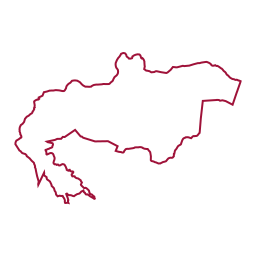 San Pedro Teutila, Oaxaca, Mexico
{"feature_id": "50627088B96437004433803", "entity_name": "San Pedro Teutila", "entity_type": "district", "adm_level": 2, "iso_a3": "MEX", "parent_name": "Mexico", "parent_adm1": "Oaxaca", "projection": "albers", "projection_center": [-96.632, 17.978], "detail": "fine", "context": "isolated", "style": "outline", "palette": "rose", "viewbox_px": 256, "rotation_deg": 0, "n_neighbors": 0, "source": "geoboundaries", "source_scale": "gbopen_adm2", "svg_char_len": 5666}
<svg xmlns="http://www.w3.org/2000/svg" viewBox="0 0 256 256"><path d="M19.0,149.8L19.3,150.4L20.7,151.3L21.4,152.2L22.3,153.1L25.4,154.1L26.6,155.4L26.8,156.3L27.8,156.9L28.6,157.6L29.5,158.2L31.6,160.7L33.6,162.5L34.0,163.0L34.1,163.3L34.1,163.9L34.8,165.3L35.0,166.0L35.1,166.4L34.9,167.1L35.6,168.7L36.1,171.5L37.1,176.1L38.7,181.6L38.3,183.7L38.2,184.0L38.3,184.8L44.1,172.6L44.2,173.4L44.0,174.2L44.2,175.4L46.6,177.2L46.7,178.6L47.1,179.4L49.5,181.1L50.0,181.6L51.0,183.7L51.4,184.5L51.7,186.0L52.7,186.9L54.0,188.3L54.6,190.6L54.8,191.0L55.3,191.6L55.7,192.3L56.1,194.6L56.7,195.2L57.6,196.3L59.6,195.7L61.1,196.0L62.4,195.9L62.9,196.2L63.1,197.0L63.7,197.7L64.5,199.2L64.8,200.1L64.9,200.9L64.8,201.6L65.0,202.8L65.5,203.0L67.7,202.7L68.4,202.9L68.1,202.1L68.0,201.1L68.0,200.5L68.3,200.2L68.3,199.9L68.1,199.7L68.0,199.0L67.7,197.9L66.2,194.0L66.9,193.6L67.7,194.4L68.8,195.1L70.2,195.1L71.6,195.4L72.6,195.9L74.0,196.2L75.2,195.3L77.0,194.2L79.5,193.5L81.5,191.4L82.3,191.2L83.4,190.5L84.0,192.2L84.5,192.6L84.9,192.7L85.2,193.4L85.8,194.3L86.3,194.5L87.0,194.4L87.7,194.4L88.2,194.9L89.3,195.6L89.8,196.1L93.6,198.3L94.2,198.8L94.6,198.8L94.8,198.6L94.7,198.3L94.4,197.9L94.4,197.0L94.2,196.5L93.2,195.9L92.0,194.6L91.1,194.3L89.9,193.6L89.2,191.9L89.2,191.4L88.9,190.6L88.3,189.9L86.4,188.2L85.5,187.8L84.4,188.1L83.9,187.9L81.2,185.3L80.9,184.6L81.9,182.4L81.1,181.5L80.7,180.3L78.2,178.5L76.4,178.1L75.6,177.6L75.0,177.1L74.7,176.4L73.9,176.2L72.7,176.4L72.3,176.3L71.6,174.9L71.7,174.3L72.1,174.0L73.2,172.5L73.3,172.0L72.9,171.5L72.4,171.4L71.7,171.6L70.2,170.9L70.2,170.6L69.7,169.8L69.2,169.9L69.0,170.4L68.6,170.7L67.4,170.3L66.7,169.8L66.6,168.7L66.1,167.9L65.9,167.1L64.7,165.0L64.0,164.4L62.7,164.1L61.5,164.5L60.3,165.3L59.1,165.5L57.9,164.5L56.7,164.9L55.7,164.2L54.6,164.3L53.7,163.5L53.5,162.7L53.9,160.9L54.3,160.1L54.6,158.6L54.5,157.4L53.8,155.9L53.4,154.6L52.9,153.8L52.0,153.2L50.9,153.0L49.9,153.2L47.3,154.4L46.8,154.5L46.4,154.1L46.4,152.4L46.1,151.3L45.6,150.6L45.6,149.9L47.3,149.4L47.7,149.1L48.9,148.8L49.7,148.3L51.6,147.6L52.2,147.2L52.4,146.2L53.0,144.7L52.9,143.9L52.5,143.2L48.9,142.4L47.8,142.2L46.9,141.6L55.0,139.9L57.2,138.9L61.1,138.8L62.8,136.9L64.7,137.0L75.1,129.9L80.6,136.4L81.9,136.6L82.7,137.4L83.4,137.8L95.0,141.4L108.0,141.2L117.6,146.2L115.7,150.9L118.7,151.8L121.2,152.1L122.1,152.5L123.2,152.5L123.7,152.2L124.3,150.9L125.7,149.2L126.6,148.9L127.3,148.8L128.3,148.9L132.9,148.2L134.1,147.9L134.7,147.5L136.0,147.3L138.6,147.3L139.2,147.1L140.8,147.1L142.6,147.7L142.8,148.0L144.4,148.7L146.7,149.0L147.7,149.0L148.9,150.7L149.4,151.1L150.2,152.2L150.9,156.3L150.8,160.1L151.0,160.5L151.5,161.0L153.7,161.5L154.7,162.1L156.0,162.4L158.5,163.5L159.3,163.4L160.1,163.5L163.1,162.0L164.6,161.7L166.0,161.2L166.7,160.4L167.1,159.8L168.4,158.4L169.0,158.1L170.3,157.7L171.7,157.8L172.4,157.7L173.0,157.3L173.3,156.7L173.8,156.4L173.9,153.9L174.3,153.8L174.9,150.9L175.3,150.1L176.0,149.4L176.7,148.4L177.6,146.8L178.3,145.9L180.7,144.5L181.1,143.9L181.2,143.3L182.3,140.2L183.2,138.7L184.4,137.9L184.8,137.9L186.0,137.2L186.7,137.3L187.6,137.2L188.4,137.3L191.1,138.2L191.9,137.4L192.3,136.9L192.8,136.4L193.6,136.1L194.0,136.0L194.6,136.2L195.5,136.0L196.2,136.0L197.3,135.6L198.7,133.9L198.9,133.5L199.5,133.1L199.7,132.2L200.8,118.6L202.8,100.9L216.6,100.0L216.9,99.9L218.9,100.0L220.0,100.7L222.5,100.3L225.7,101.1L232.6,104.7L236.7,92.6L237.3,91.0L237.9,89.2L238.2,88.4L240.3,82.4L240.6,81.2L238.9,80.5L238.3,80.5L237.8,80.1L237.0,79.8L236.7,79.7L236.0,79.9L235.4,79.9L233.9,79.2L232.4,79.0L230.6,78.0L229.7,77.3L228.1,75.5L227.7,75.3L227.5,75.1L227.0,74.8L226.2,73.7L226.0,73.2L225.7,72.7L225.2,72.1L224.0,71.2L223.4,70.6L222.7,69.6L221.7,68.6L221.0,68.3L219.3,67.0L217.5,65.9L216.7,66.0L215.9,65.7L215.2,65.2L213.8,65.7L212.9,65.6L212.4,65.7L211.5,65.2L210.8,64.1L209.6,63.2L208.7,62.7L208.3,62.6L207.8,62.3L206.6,61.9L205.3,62.0L201.4,62.6L199.7,63.1L198.0,63.1L193.5,64.3L189.0,65.7L188.4,65.7L184.2,66.1L182.9,65.8L177.1,67.3L176.5,67.3L175.6,67.3L175.2,67.2L172.9,67.0L170.7,69.8L167.5,72.5L166.3,73.0L161.2,72.2L156.6,71.2L155.6,71.3L154.3,72.0L152.5,72.2L151.3,72.3L149.5,71.2L147.2,70.7L146.2,70.6L144.2,69.1L144.8,66.3L144.6,65.5L144.4,62.7L144.4,61.5L143.8,59.9L143.2,58.9L142.4,58.1L141.9,58.5L141.2,58.0L140.4,55.5L139.5,54.5L137.6,54.3L135.8,54.7L134.2,55.3L132.4,56.5L132.3,57.5L132.0,58.2L130.6,58.6L129.0,58.6L128.7,58.1L126.8,56.6L126.4,55.8L126.3,55.0L125.5,53.8L125.1,53.4L124.6,53.2L123.2,53.0L121.1,53.8L120.5,55.0L119.5,56.6L118.2,58.0L116.9,60.1L115.7,63.0L115.6,64.6L115.8,66.1L116.0,66.9L116.3,67.7L117.3,69.0L117.9,70.0L118.1,71.8L117.8,73.6L117.0,74.9L116.5,75.5L115.1,76.6L114.4,77.3L113.3,79.4L113.1,80.0L112.8,80.7L112.2,81.3L110.7,82.5L109.9,83.4L109.3,83.9L108.0,84.1L103.2,84.0L102.0,84.3L97.8,84.6L96.2,84.6L94.3,84.9L93.5,85.1L91.8,86.0L91.2,86.6L89.3,86.8L87.5,86.7L85.4,86.7L83.2,85.5L81.8,84.3L79.9,82.2L77.3,80.7L75.0,80.4L73.7,80.5L72.0,80.8L70.4,82.7L68.6,83.8L67.5,84.9L66.6,86.1L66.2,87.2L66.0,88.3L64.8,90.3L64.2,90.9L63.2,91.1L62.1,91.0L59.4,90.4L55.8,90.1L53.5,90.5L49.7,90.6L47.0,91.5L43.9,92.2L42.5,95.7L38.7,97.5L38.8,98.5L39.0,98.7L38.8,98.8L39.0,99.0L38.8,99.3L37.9,99.7L36.9,99.7L36.3,99.9L34.5,101.0L34.1,101.8L34.7,105.2L34.5,107.1L34.7,107.4L34.0,108.1L34.2,109.1L33.3,110.8L32.6,111.5L32.4,112.5L31.7,113.4L30.5,114.0L28.7,115.7L26.8,116.7L25.0,118.8L24.1,121.9L22.6,123.8L20.8,125.1L19.8,127.3L19.5,129.3L19.7,130.3L19.5,131.2L20.1,132.7L20.3,133.5L20.3,134.4L21.1,135.5L21.4,136.8L21.4,137.2L21.2,137.6L20.5,137.7L20.0,138.3L18.6,139.3L16.4,140.6L15.9,141.5L15.5,142.7L15.4,144.2L19.0,149.8Z" fill="none" stroke="#9f1239" stroke-width="2"/></svg>